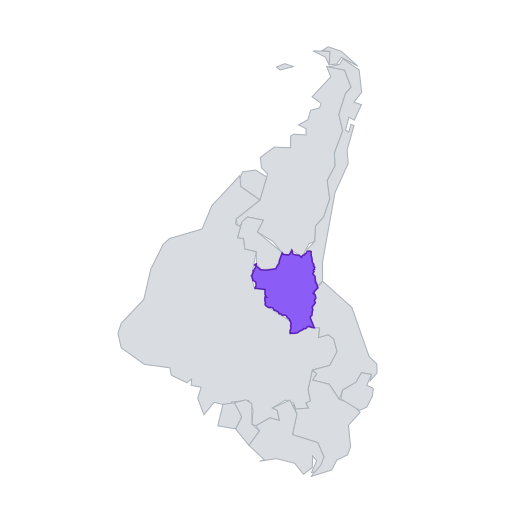 location of Bolivia within South America, rotated 185°
{"feature_id": "BOL", "entity_name": "Bolivia", "entity_type": "country or territory", "adm_level": 0, "iso_a3": "BOL", "parent_name": "South America", "parent_adm1": "", "projection": "robinson", "projection_center": [-65.153, -16.301], "detail": "fine", "context": "in_parent", "style": "filled", "palette": "violet", "viewbox_px": 512, "rotation_deg": 185, "n_neighbors": 12, "source": "natural_earth", "source_scale": "50m", "svg_char_len": 9058}
<svg xmlns="http://www.w3.org/2000/svg" viewBox="0 0 512 512"><g transform="rotate(185 256 256)"><path d="M199.8,452.7L204.1,460.1L216.9,465.3L200.1,466.3L199.8,452.7ZM257.0,312.1L251.7,338.9L258.3,344.4L260.3,354.6L247.2,366.1L231.1,366.8L231.9,378.5L228.8,380.7L216.6,380.9L217.3,387.2L225.1,390.3L216.3,396.2L214.3,405.9L205.7,409.1L204.3,413.7L214.0,419.5L197.1,441.1L202.1,451.0L183.9,448.9L176.0,432.4L181.0,425.8L185.8,404.3L180.6,388.4L186.9,365.0L185.0,353.0L191.6,337.4L187.5,319.4L192.0,300.9L199.3,291.0L198.6,275.9L204.5,272.7L210.2,258.8L220.7,264.9L222.8,259.8L229.1,260.1L240.0,271.8L256.7,280.0L251.9,292.4L267.8,294.1L276.6,282.4L279.0,291.2L257.0,312.1Z" fill="#d9dde1" stroke="#a8b0b8" stroke-width="1"/><path d="M199.8,452.7L200.1,466.3L207.9,466.5L202.4,470.7L189.0,467.4L171.0,453.9L188.3,461.4L192.0,454.5L199.8,452.7ZM191.8,231.8L198.2,243.4L201.7,265.4L206.4,266.1L198.6,275.9L199.3,291.0L192.0,300.9L187.5,319.4L191.6,337.4L185.0,353.0L186.9,365.0L180.6,388.4L185.8,404.3L181.0,425.8L176.0,432.4L183.9,448.9L200.0,450.7L189.3,454.3L186.7,460.1L169.5,450.4L165.0,428.4L171.8,417.7L164.1,415.9L169.9,400.0L175.6,402.2L177.8,389.2L174.3,387.5L173.0,395.4L169.7,394.5L174.5,369.5L172.2,356.2L182.8,326.1L189.2,256.0L187.5,236.7L191.8,231.8Z" fill="#d9dde1" stroke="#a8b0b8" stroke-width="1"/><path d="M235.4,447.9L248.3,443.4L252.1,446.1L244.0,450.1L235.4,447.9Z" fill="#d9dde1" stroke="#a8b0b8" stroke-width="1"/><path d="M257.0,312.1L277.2,323.8L280.2,328.1L276.6,338.7L263.8,341.6L252.2,335.6L257.0,312.1Z" fill="#d9dde1" stroke="#a8b0b8" stroke-width="1"/><path d="M279.1,334.7L277.2,323.8L257.0,312.1L279.0,291.2L279.2,286.1L273.8,283.6L275.9,272.7L269.8,272.3L267.8,262.1L256.1,260.4L258.8,235.5L254.8,223.6L244.1,223.4L242.3,207.6L215.0,193.5L215.4,182.1L199.0,190.0L186.3,190.0L186.6,180.3L177.1,183.9L171.3,180.2L166.9,167.8L173.0,153.5L189.8,147.3L192.4,127.1L189.1,116.5L193.6,113.7L190.2,109.1L203.0,107.0L205.7,112.8L214.2,115.0L226.4,106.0L221.4,104.1L218.3,94.2L228.0,96.0L241.2,86.9L245.4,88.1L245.5,102.5L250.8,111.6L267.8,108.4L267.9,104.0L285.0,106.5L294.0,93.3L301.6,109.0L299.3,120.5L309.3,121.5L309.4,127.9L313.7,123.7L330.1,129.9L331.9,137.1L357.7,138.3L382.2,152.7L386.8,166.7L384.4,177.2L364.0,203.0L359.7,233.6L349.5,259.5L343.5,266.0L312.1,278.2L304.4,302.3L279.1,334.7Z" fill="#d9dde1" stroke="#a8b0b8" stroke-width="1"/><path d="M189.8,147.3L173.0,153.5L166.9,167.8L171.3,180.2L177.1,183.9L186.6,180.3L186.3,190.0L192.0,189.6L196.8,199.9L195.3,224.9L187.5,236.7L156.0,213.1L134.6,165.7L126.2,159.0L125.2,150.1L131.4,141.6L130.6,148.1L140.8,148.9L145.2,139.1L158.1,129.9L160.5,120.4L172.0,134.7L188.9,137.3L185.3,143.8L189.8,147.3Z" fill="#d9dde1" stroke="#a8b0b8" stroke-width="1"/><path d="M206.7,112.0L203.0,107.0L190.2,109.1L193.6,113.7L189.1,116.5L192.4,127.1L189.8,147.3L185.3,143.8L188.9,137.3L172.0,134.7L160.5,120.4L147.5,117.5L138.7,109.2L149.2,95.5L145.1,74.1L147.5,65.8L157.6,59.9L161.9,49.5L181.6,41.3L170.8,61.8L178.3,75.5L204.1,81.2L201.5,102.1L206.7,112.0Z" fill="#d9dde1" stroke="#a8b0b8" stroke-width="1"/><path d="M241.2,86.9L228.0,96.0L218.3,94.2L221.4,104.1L226.4,106.0L209.8,115.4L201.5,102.1L204.1,81.2L178.3,75.5L170.8,61.8L173.1,53.5L178.3,46.2L181.9,45.1L177.7,57.3L182.2,61.9L181.5,50.2L189.7,42.7L199.4,52.9L217.9,55.9L234.7,51.9L229.9,53.7L246.6,66.8L237.4,82.1L241.2,86.9Z" fill="#d9dde1" stroke="#a8b0b8" stroke-width="1"/><path d="M264.8,107.9L253.5,111.9L247.3,108.6L245.4,88.1L237.4,82.1L246.6,66.8L261.3,82.0L256.3,94.2L264.8,107.9Z" fill="#d9dde1" stroke="#a8b0b8" stroke-width="1"/><path d="M276.1,105.3L264.8,107.9L258.8,98.8L256.3,94.2L261.3,82.0L279.2,83.4L276.1,105.3Z" fill="#d9dde1" stroke="#a8b0b8" stroke-width="1"/><path d="M159.0,121.0L158.1,129.9L145.2,139.1L140.8,148.9L130.6,148.1L134.4,136.9L127.6,134.3L127.8,126.7L132.5,115.1L139.5,111.2L159.0,121.0Z" fill="#d9dde1" stroke="#a8b0b8" stroke-width="1"/><path d="M254.9,248.3L256.1,260.4L267.8,262.1L269.8,272.3L275.9,272.7L272.8,289.3L267.8,294.1L251.9,292.4L256.7,280.0L230.0,261.5L235.0,244.8L249.8,243.1L254.9,248.3Z" fill="#d9dde1" stroke="#a8b0b8" stroke-width="1"/><path d="M192.3,231.3L192.3,231.0L192.2,230.6L192.0,230.2L191.6,230.0L191.5,229.7L191.6,229.4L192.3,228.7L192.7,228.6L192.8,228.3L193.0,228.1L193.6,227.2L194.0,226.6L194.3,226.3L194.8,226.0L195.0,225.8L194.9,225.2L194.9,224.7L195.0,224.5L195.5,224.2L195.9,224.0L195.9,223.9L195.9,223.7L195.5,223.4L194.8,223.1L194.3,223.1L194.0,222.9L193.8,222.7L192.9,220.0L192.7,219.4L192.7,219.2L193.4,217.9L193.6,217.5L194.1,216.9L194.0,216.6L193.2,215.6L192.9,215.1L192.9,214.6L193.0,214.1L193.5,213.7L193.6,213.3L193.7,212.8L193.9,212.6L194.1,212.4L194.3,212.0L194.7,211.7L194.9,211.4L195.0,210.7L195.7,210.3L195.7,210.1L195.6,209.6L195.3,209.1L195.1,208.9L194.9,207.6L194.6,207.0L194.7,206.7L194.9,206.4L195.1,205.8L195.1,205.1L195.1,202.4L195.1,201.9L195.3,201.5L195.7,201.1L196.0,200.9L196.3,200.7L196.3,200.2L196.5,199.9L196.7,199.5L196.0,198.0L195.3,196.7L194.7,195.5L194.0,194.1L193.5,193.2L192.9,192.0L192.4,191.0L191.7,189.6L192.3,189.6L193.6,189.6L194.9,189.9L195.8,190.0L196.1,190.2L196.2,190.6L196.4,190.7L196.7,190.6L197.0,190.6L197.7,190.3L198.3,190.1L198.8,189.8L199.0,189.5L199.6,188.6L200.1,188.0L200.5,187.9L201.4,187.8L201.7,187.9L202.1,187.9L202.4,187.4L202.8,186.8L203.8,186.1L204.2,185.8L204.5,185.6L205.0,185.6L205.5,185.3L207.6,183.4L208.5,182.9L209.0,182.8L209.4,182.7L210.2,182.5L212.1,182.2L213.3,182.1L213.7,182.4L214.1,182.3L214.5,181.9L214.8,181.7L215.0,181.7L215.4,182.2L215.5,182.8L215.4,183.2L215.4,183.7L215.6,184.5L215.5,185.2L215.1,186.1L214.8,186.4L214.8,186.8L214.8,187.3L215.0,188.1L215.4,189.2L215.5,190.1L215.2,190.6L215.1,191.1L215.1,191.5L215.2,191.8L215.4,191.9L215.4,192.3L215.5,192.7L215.7,193.2L216.1,193.6L216.3,194.0L216.2,194.4L216.2,194.7L216.3,194.8L216.5,194.7L216.8,194.6L217.1,195.2L217.1,195.3L217.3,195.8L217.3,196.1L217.7,196.3L218.2,196.5L218.5,196.7L219.0,197.2L219.4,197.6L220.0,197.9L220.2,198.4L220.5,199.1L221.4,199.4L222.5,199.5L223.2,199.7L224.0,199.3L224.6,199.3L225.1,199.6L225.4,199.8L225.8,200.1L226.5,200.6L227.0,200.8L227.4,200.5L227.8,200.4L228.0,200.5L228.2,201.1L228.3,201.4L228.6,201.7L229.3,202.4L229.7,202.6L230.1,202.6L231.0,203.1L232.0,203.5L232.5,203.6L233.0,203.5L233.3,203.7L233.4,204.2L234.3,205.2L234.7,205.6L235.1,206.0L236.3,206.0L236.7,206.1L237.2,206.0L238.8,205.8L239.1,205.8L240.0,206.2L241.1,206.9L241.8,207.4L242.3,207.7L242.5,208.1L242.7,208.6L242.8,209.1L242.7,209.6L242.5,209.8L242.4,210.2L242.5,210.7L242.9,211.1L243.0,211.7L243.2,212.6L243.4,212.9L243.5,215.9L242.8,216.0L241.8,216.0L242.1,216.3L242.9,217.4L243.7,218.4L243.8,220.1L243.9,221.1L244.0,222.6L244.0,223.4L245.9,223.5L248.1,223.6L250.8,223.7L253.1,223.8L253.3,223.8L253.7,223.7L254.0,223.5L254.2,223.9L254.1,224.3L254.1,224.8L253.5,225.9L253.4,226.2L253.5,227.5L253.7,228.6L253.8,229.6L254.1,229.9L254.9,230.4L256.1,231.3L256.5,231.5L257.0,231.3L257.2,231.7L257.2,232.4L257.9,234.1L258.3,235.2L258.5,235.6L258.8,235.8L258.7,235.9L258.4,236.0L258.0,237.5L257.5,239.1L257.1,240.3L257.4,240.3L257.4,240.6L257.5,241.1L257.1,241.1L257.0,241.3L256.6,242.3L256.1,243.5L255.5,244.8L255.2,245.5L255.7,246.1L256.6,247.0L256.5,247.3L256.1,247.4L255.7,247.5L255.5,247.9L255.3,248.1L255.0,248.2L255.1,247.1L255.0,246.2L254.9,246.0L253.3,244.9L251.8,243.9L249.9,242.6L247.4,242.7L244.8,242.7L242.4,243.3L240.0,243.8L238.8,244.1L236.5,244.7L235.2,244.9L234.8,245.9L234.3,247.5L233.7,248.4L233.1,249.4L232.3,250.7L232.3,252.4L232.2,253.9L231.6,256.1L231.1,258.0L230.6,259.8L230.3,261.0L230.2,261.4L229.6,260.9L229.3,260.2L229.2,259.9L226.8,259.9L224.5,259.9L224.3,260.0L224.0,260.0L223.7,259.9L223.2,260.1L222.9,260.3L222.0,262.2L221.6,263.0L221.3,263.7L221.0,264.9L220.9,265.1L220.7,264.7L220.3,263.6L220.1,263.0L219.9,262.2L219.4,261.3L218.9,261.1L218.6,261.0L218.1,260.8L217.3,260.6L216.9,260.5L214.6,260.5L214.4,260.5L213.5,260.6L213.0,260.5L212.5,260.0L211.4,259.1L211.2,258.8L210.8,258.6L210.5,258.6L210.4,258.8L210.2,259.5L210.0,260.2L209.7,260.6L209.0,260.9L208.2,261.2L207.8,261.2L207.6,261.6L207.5,262.1L207.4,262.5L206.3,263.1L206.1,263.4L206.0,264.0L205.4,264.8L205.2,265.1L204.3,265.3L203.1,265.5L202.4,265.5L201.9,265.5L201.8,265.3L201.4,265.1L201.4,264.9L201.4,264.5L201.5,263.9L201.4,263.0L201.0,262.0L201.1,261.7L201.0,261.2L200.8,260.2L200.3,259.8L200.2,259.0L200.1,258.3L199.7,257.4L199.7,256.4L199.7,255.4L199.0,254.3L198.3,253.2L197.8,253.0L197.7,252.9L197.6,252.6L197.6,252.0L197.6,251.7L198.0,251.2L196.9,250.3L196.6,250.1L196.5,249.8L196.5,249.6L196.8,249.3L196.9,249.1L196.7,248.6L196.7,248.1L196.5,247.9L196.5,247.7L197.4,247.4L197.6,246.9L197.6,246.5L197.5,246.2L196.9,245.5L196.8,245.4L197.5,244.4L198.0,243.7L198.1,243.4L198.0,243.2L197.7,243.0L197.3,242.7L196.9,242.3L196.5,241.8L195.9,241.4L195.5,241.0L195.3,240.6L195.3,240.2L195.3,239.6L195.0,238.6L194.9,237.9L194.8,237.2L194.7,236.7L194.6,236.2L194.4,235.7L194.3,235.4L194.5,235.1L194.6,234.9L193.6,234.2L193.4,234.1L193.1,233.0L192.4,232.0L192.3,231.3Z" fill="#8b5cf6" stroke="#5b21b6" stroke-width="1.5"/></g></svg>